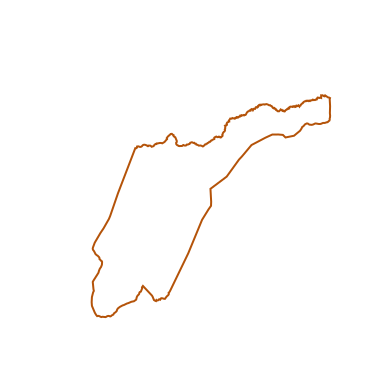 Kacheliba, Rift Valley, Kenya (Mercator projection), rotated 215°
{"feature_id": "3690345B93324860747201", "entity_name": "Kacheliba", "entity_type": "district", "adm_level": 2, "iso_a3": "KEN", "parent_name": "Kenya", "parent_adm1": "Rift Valley", "projection": "mercator", "projection_center": [35.077, 1.98], "detail": "fine", "context": "isolated", "style": "outline", "palette": "amber", "viewbox_px": 384, "rotation_deg": 215, "n_neighbors": 0, "source": "geoboundaries", "source_scale": "gbopen_adm2", "svg_char_len": 6006}
<svg xmlns="http://www.w3.org/2000/svg" viewBox="0 0 384 384"><g transform="rotate(215 192 192)"><path d="M243.5,105.9L242.6,94.7L241.3,89.7L240.8,88.6L240.0,87.9L238.2,87.3L235.4,85.8L233.7,85.6L232.8,85.7L230.7,85.3L230.0,84.9L229.3,84.0L228.1,83.9L227.9,83.7L227.4,83.5L226.2,83.6L225.5,83.1L224.1,80.8L223.5,78.4L223.5,76.3L223.0,74.1L222.3,72.2L221.9,62.8L221.7,61.4L216.9,55.8L215.7,54.7L215.4,53.0L213.7,48.5L211.0,44.2L208.8,41.5L208.3,41.1L202.4,37.4L200.2,36.4L198.5,35.9L197.4,37.0L194.6,37.5L193.7,38.5L191.1,39.9L190.8,40.3L190.3,41.5L189.6,42.4L188.8,42.9L187.8,43.1L187.5,43.3L187.2,43.8L187.0,44.8L186.5,45.7L186.1,46.5L186.3,47.5L186.2,48.3L185.8,49.2L185.4,51.1L185.9,52.9L185.9,54.2L185.2,56.5L183.8,59.3L183.0,60.3L181.3,63.4L180.4,64.5L178.7,67.3L176.9,69.2L176.0,71.8L176.9,74.1L177.1,75.1L177.1,76.3L176.9,76.9L176.8,78.1L177.4,79.5L177.4,80.0L176.8,80.9L176.8,81.3L177.6,84.6L178.3,85.2L178.3,86.9L165.4,84.2L164.3,83.7L161.2,81.7L159.6,81.8L158.9,82.0L159.1,83.0L158.6,82.9L157.8,83.6L157.5,84.3L157.6,84.8L157.3,85.4L157.1,85.5L156.3,85.5L156.3,86.8L156.4,87.0L156.3,87.3L155.8,87.7L154.9,88.1L154.1,88.3L152.9,88.9L152.8,91.9L152.3,94.0L152.5,95.2L152.8,95.6L153.3,95.9L153.1,97.5L153.3,98.9L159.9,139.6L167.8,175.0L168.5,187.1L168.5,191.6L170.7,195.0L178.7,205.2L172.4,224.5L172.1,245.5L171.5,249.7L170.2,264.6L163.0,278.6L159.2,285.1L154.3,288.6L150.3,290.9L146.7,290.3L140.7,296.6L138.6,304.2L138.7,306.9L139.0,308.5L138.5,309.7L138.2,312.4L137.2,314.1L136.3,314.5L134.5,314.5L132.4,315.7L131.4,316.9L130.5,318.6L130.0,319.1L127.0,320.5L125.6,321.6L124.3,323.7L122.8,324.8L121.4,326.7L121.0,326.9L120.8,327.7L120.7,328.5L120.4,329.2L120.6,330.1L121.4,331.2L121.7,332.2L122.6,333.7L124.3,335.7L128.1,341.5L132.5,347.1L132.8,348.1L133.8,348.0L134.9,347.5L138.2,347.5L138.2,347.0L138.0,346.8L138.1,346.5L138.3,346.4L138.9,346.8L139.4,346.1L139.6,346.2L139.8,346.1L140.6,346.1L141.0,345.8L141.1,345.4L141.6,345.2L140.2,343.2L140.8,343.1L141.2,342.4L141.6,342.3L141.7,342.1L143.2,341.5L143.3,341.4L143.3,340.9L143.0,340.5L143.3,339.9L142.9,339.6L142.9,339.3L143.2,339.2L144.0,337.8L144.6,337.6L145.0,337.1L145.7,337.1L145.9,337.0L145.8,336.7L146.2,336.5L146.4,335.8L146.6,335.8L147.5,334.9L147.5,334.3L148.1,334.2L148.2,333.6L148.4,333.4L149.2,333.5L149.6,333.2L149.6,332.9L150.3,332.2L150.5,332.4L150.8,332.3L151.1,331.4L151.7,330.9L152.2,329.7L152.1,329.3L152.4,328.6L152.2,328.2L152.5,327.7L152.9,326.1L152.7,325.1L153.1,324.6L153.0,323.7L153.9,324.1L154.3,324.1L154.2,323.6L154.3,323.4L154.8,323.4L155.0,322.8L155.6,322.7L155.4,322.3L155.9,321.6L155.9,321.2L156.3,320.7L156.8,320.8L157.1,321.2L157.6,320.4L158.2,320.4L158.4,320.2L158.3,319.4L158.6,319.2L159.2,319.1L160.2,318.5L160.6,318.0L160.6,317.6L160.8,317.2L160.6,317.2L160.7,316.8L161.0,315.9L160.5,315.8L161.2,314.7L161.5,314.9L161.6,314.7L161.8,314.0L161.8,313.5L162.1,313.1L162.3,312.5L162.2,311.3L162.3,311.1L163.6,310.6L163.5,311.1L164.3,311.0L165.2,310.7L165.6,310.8L165.9,310.4L166.7,310.4L166.6,309.9L166.8,309.5L166.9,308.3L167.0,308.0L168.2,307.3L168.8,307.6L169.3,307.4L169.7,307.4L170.3,307.8L170.6,307.5L171.5,308.0L171.9,307.7L172.4,307.9L172.5,307.6L173.2,307.3L173.4,307.3L173.5,307.8L174.3,307.4L175.9,308.0L176.0,307.9L176.4,308.0L177.2,307.7L177.8,307.9L178.6,307.3L180.3,307.1L181.3,306.7L181.6,306.6L182.6,305.3L183.2,305.2L183.9,304.6L184.9,303.7L185.0,303.2L185.7,303.0L185.7,302.2L185.9,302.0L186.6,302.1L186.8,302.1L187.0,301.7L186.9,301.1L187.3,300.5L187.3,300.2L186.8,300.1L186.7,299.7L187.0,298.6L188.2,298.3L188.3,297.9L188.0,297.6L188.3,296.7L188.1,296.2L188.7,295.9L189.1,295.6L189.0,294.0L189.4,294.2L189.9,294.5L190.6,294.3L191.2,292.9L190.6,292.4L190.6,292.2L191.7,291.5L191.9,290.5L192.5,289.8L192.6,288.4L192.3,286.4L192.4,285.8L193.3,285.2L193.3,284.7L193.9,284.6L194.0,284.2L194.3,283.9L195.5,283.4L195.6,283.1L195.4,282.7L196.1,282.5L196.4,282.3L196.4,282.1L196.0,281.4L196.0,281.1L197.0,280.3L196.9,279.5L197.3,279.0L197.7,278.9L198.1,279.2L198.3,279.1L198.2,278.1L198.5,277.8L198.9,277.9L199.0,277.8L199.1,277.5L198.9,276.7L199.1,276.5L200.0,276.4L200.5,275.9L201.4,275.7L201.4,275.2L201.8,274.6L202.8,274.1L202.7,273.0L202.8,271.5L202.6,271.0L202.1,271.3L201.9,271.1L202.3,270.6L202.4,270.0L203.0,269.2L203.0,268.6L202.8,267.8L202.1,267.4L201.9,266.9L202.1,266.4L202.9,265.6L203.0,265.2L202.3,265.0L202.1,264.7L201.7,263.6L201.1,262.9L201.1,262.1L200.4,261.6L200.2,261.0L200.1,260.3L200.5,259.4L200.4,258.9L200.5,257.9L200.0,256.8L200.0,256.2L199.2,255.6L199.2,255.2L199.4,254.5L199.5,253.5L199.9,253.0L200.2,252.9L200.7,253.2L201.7,252.8L201.7,252.3L202.2,252.0L202.5,251.6L202.8,251.4L203.8,251.4L204.5,250.5L204.6,249.8L204.9,249.3L204.1,248.2L204.7,247.2L205.3,246.4L205.4,245.5L205.9,245.0L205.9,243.6L206.6,243.1L206.7,241.9L207.2,241.3L207.4,240.2L207.9,239.8L208.0,238.9L208.6,238.4L208.7,237.1L209.1,235.7L209.3,235.5L210.4,235.4L211.7,235.0L213.0,233.9L214.6,233.8L215.6,233.3L216.5,233.8L217.4,233.3L218.3,233.6L218.7,233.1L220.6,232.7L221.7,231.3L221.5,230.4L221.7,229.7L222.2,229.3L222.6,228.4L223.4,228.0L223.7,226.5L225.1,225.6L225.9,225.6L226.1,225.5L226.6,223.9L227.8,223.1L228.3,222.6L229.5,222.0L230.2,222.1L231.0,221.9L232.2,222.1L233.2,223.1L233.2,223.5L233.1,223.9L233.4,224.4L233.6,225.0L237.0,227.2L237.4,227.1L237.9,227.3L238.5,227.1L239.2,227.3L239.6,227.5L239.7,228.0L239.9,228.0L241.0,227.9L241.8,228.1L242.0,228.0L242.8,227.2L242.9,226.2L243.2,225.4L243.3,224.5L243.6,223.7L243.6,221.6L243.4,221.4L242.8,221.2L242.7,221.0L242.9,220.3L243.2,217.2L244.3,214.8L245.3,214.5L246.4,213.8L247.8,212.3L248.7,211.6L248.6,210.9L249.4,210.5L249.6,209.6L249.8,209.3L249.8,207.5L251.0,205.9L252.0,206.1L252.9,206.0L254.1,205.2L254.2,204.4L254.4,204.2L255.0,204.1L255.6,204.3L257.6,203.7L258.3,203.3L258.7,202.9L259.2,202.0L259.3,200.6L259.7,199.8L260.4,199.1L262.0,198.7L263.1,197.8L263.0,197.5L262.6,197.1L262.6,196.3L262.9,195.7L263.6,195.4L251.9,148.5L245.3,125.5L244.6,122.3L243.6,111.5L243.5,105.9Z" fill="none" stroke="#b45309" stroke-width="2"/></g></svg>